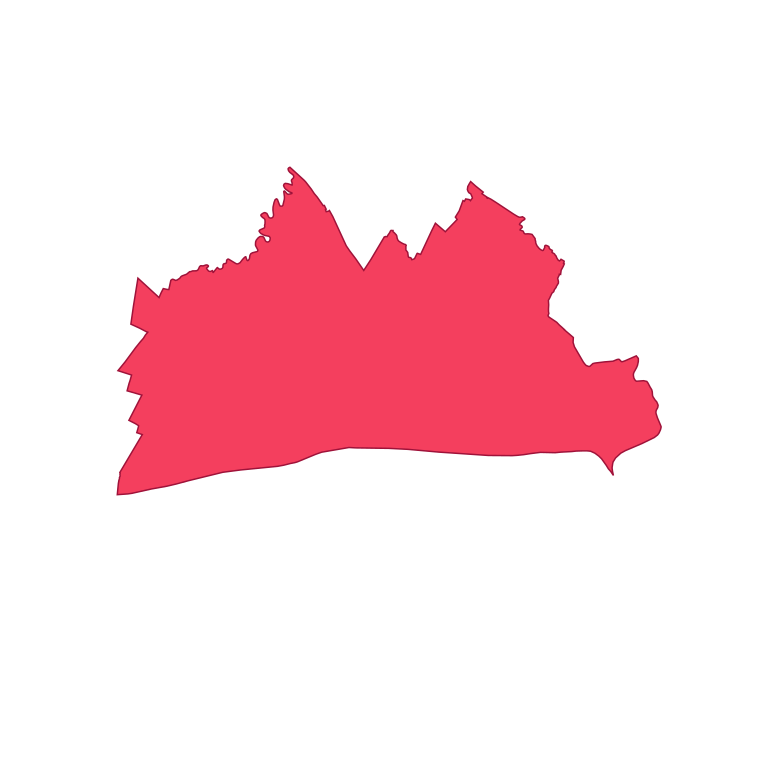 Long Phu, Sóc Trăng, Vietnam (Albers equal-area conic projection), rotated 117°
{"feature_id": "81297802B46768613136824", "entity_name": "Long Phu", "entity_type": "district", "adm_level": 2, "iso_a3": "VNM", "parent_name": "Vietnam", "parent_adm1": "Sóc Trăng", "projection": "albers", "projection_center": [106.051, 9.663], "detail": "fine", "context": "isolated", "style": "filled", "palette": "rose", "viewbox_px": 768, "rotation_deg": 117, "n_neighbors": 0, "source": "geoboundaries", "source_scale": "gbopen_adm2", "svg_char_len": 6171}
<svg xmlns="http://www.w3.org/2000/svg" viewBox="0 0 768 768"><g transform="rotate(117 384 384)"><path d="M164.3,398.7L166.7,398.9L170.0,399.0L172.9,398.0L174.2,396.6L175.0,395.3L175.2,393.0L177.5,390.2L178.4,389.6L179.7,390.0L181.4,390.2L181.0,391.3L181.0,391.9L182.0,395.2L184.7,395.3L184.7,396.9L195.6,395.6L202.9,396.2L204.2,393.5L220.5,398.5L217.4,411.2L225.8,411.1L251.9,410.2L252.4,413.6L252.7,413.8L258.3,413.7L259.0,414.1L260.6,415.6L259.4,417.2L259.5,418.3L259.9,419.5L259.6,420.0L259.2,420.4L256.0,422.6L254.6,425.4L252.7,426.3L251.6,427.0L250.7,427.0L250.2,427.4L250.0,428.3L250.3,429.8L250.3,432.7L250.0,435.7L249.5,436.9L248.2,438.4L246.3,439.8L245.6,440.7L244.8,442.8L244.1,445.2L243.6,445.7L243.2,445.7L243.9,447.4L244.6,447.7L246.9,447.7L249.5,448.1L251.3,448.1L251.9,449.6L252.7,450.1L252.8,450.5L279.0,452.2L292.0,453.6L285.2,466.2L281.0,474.9L278.0,480.4L258.1,505.6L254.2,511.4L255.1,511.8L256.7,513.7L255.3,515.3L254.5,514.9L252.0,518.2L252.7,519.1L247.8,528.3L246.0,532.6L243.4,537.2L239.5,545.5L238.7,547.7L233.6,566.2L234.5,566.9L235.6,567.2L236.2,566.9L237.3,565.9L238.2,564.0L239.0,559.9L239.7,558.9L240.6,558.4L241.6,558.3L243.7,559.0L244.4,559.0L245.2,558.6L246.4,557.3L248.3,556.2L248.5,556.3L249.2,560.7L250.1,563.1L251.4,563.8L252.7,563.6L253.0,563.4L254.3,561.8L255.0,560.3L255.8,555.7L255.5,553.1L255.6,552.7L256.1,552.6L256.8,553.3L258.5,555.5L258.5,556.8L257.3,559.8L257.3,560.5L257.7,560.7L258.0,560.7L262.4,557.7L264.5,556.7L270.8,555.2L271.5,555.4L272.3,556.4L272.5,557.1L272.5,557.5L271.9,558.4L267.9,562.8L267.9,564.0L269.3,564.7L272.1,564.4L276.7,563.2L279.5,561.9L283.6,559.1L285.3,558.7L286.5,559.0L287.6,560.1L287.9,561.7L287.5,562.6L285.4,565.5L285.2,566.0L285.3,567.6L285.5,568.2L286.3,569.0L287.9,570.0L288.9,570.4L289.6,570.3L290.1,569.7L290.8,567.7L290.9,566.2L291.5,564.8L293.1,563.8L295.5,562.7L296.7,562.5L298.1,561.6L299.2,561.5L299.8,561.9L303.0,564.5L304.0,564.8L304.6,564.6L305.4,563.1L305.8,562.0L305.9,559.4L305.8,557.9L304.6,553.5L305.2,552.0L305.9,551.5L307.7,550.9L308.9,551.0L309.9,551.6L310.4,552.2L310.6,553.6L310.3,554.6L308.2,557.2L307.7,558.5L307.8,559.4L308.7,561.2L309.5,561.8L311.3,562.6L313.9,563.1L314.9,563.0L315.7,562.9L317.8,562.0L318.7,561.5L319.2,561.0L321.8,557.3L322.7,556.9L323.2,557.0L323.6,557.2L326.8,560.8L328.3,561.8L330.2,561.9L333.1,560.9L334.2,560.8L335.5,561.1L335.9,561.4L336.0,561.9L335.8,562.4L333.6,564.7L333.4,564.9L333.6,565.3L334.9,565.9L337.3,566.6L341.2,567.3L342.6,568.2L343.3,568.8L343.6,569.3L343.9,570.1L343.9,570.8L343.3,579.2L343.7,579.9L345.1,580.4L347.1,579.6L347.9,579.5L349.0,580.4L349.3,581.1L350.2,581.5L350.9,581.5L353.3,580.5L354.4,580.6L355.5,581.4L356.3,582.5L356.3,583.6L355.9,585.3L356.2,585.5L361.9,586.7L362.2,586.9L362.2,587.0L361.2,587.8L360.9,588.4L362.4,589.6L362.8,590.4L363.0,591.6L362.2,593.5L361.6,594.5L361.3,594.7L360.5,594.5L359.3,593.9L358.9,593.9L358.5,594.1L358.3,594.6L358.2,595.5L358.7,596.6L360.9,598.8L361.7,600.7L362.1,601.2L363.1,601.6L366.4,601.5L367.5,601.9L368.4,602.7L370.2,606.0L371.5,607.1L372.2,608.2L375.9,609.8L379.2,612.9L380.0,613.4L380.7,613.7L382.5,614.0L385.2,615.5L386.3,616.7L386.4,619.1L386.8,620.2L388.4,621.0L397.5,618.6L398.2,620.2L399.2,624.0L404.1,624.0L409.1,623.7L401.4,651.3L428.7,642.5L445.6,636.7L445.2,627.1L445.3,619.4L445.1,618.0L448.6,618.8L452.4,619.1L457.2,620.3L464.3,621.8L481.8,624.7L492.9,627.1L490.6,613.0L495.9,611.9L499.3,611.4L506.7,609.8L503.8,594.7L532.2,594.8L532.2,587.6L532.5,583.8L532.8,583.6L535.4,583.0L539.6,582.2L538.8,576.4L582.8,579.2L583.2,578.6L584.1,578.4L585.7,577.4L586.2,577.3L587.3,577.3L588.6,576.7L590.1,576.5L593.3,575.5L603.7,571.4L598.2,562.3L595.8,558.9L583.3,543.8L573.5,530.9L567.3,523.6L558.9,514.3L535.8,487.5L525.6,472.6L505.7,441.5L501.8,436.4L497.4,431.4L494.5,427.7L492.7,425.8L477.6,412.9L473.0,408.5L456.5,386.4L453.8,380.3L439.2,350.6L431.3,332.9L419.9,304.5L400.3,258.6L389.6,237.2L387.0,232.8L383.5,227.4L379.6,222.0L373.9,213.6L367.5,200.3L364.3,195.3L359.0,186.1L356.5,182.3L353.2,176.3L351.2,172.3L350.1,169.4L349.9,164.7L350.7,159.9L351.9,156.1L355.7,148.8L357.7,145.6L359.0,142.3L361.3,138.1L358.1,140.7L355.2,142.7L351.1,144.1L349.4,144.5L344.7,144.1L338.1,141.6L333.8,138.7L319.9,127.1L309.0,118.9L305.2,117.1L302.8,116.7L299.1,116.9L297.4,117.3L296.4,117.6L295.3,118.7L290.1,124.9L286.8,128.2L285.6,129.0L283.8,129.5L280.8,129.4L278.7,130.0L278.0,130.6L276.1,132.9L275.1,135.4L273.2,138.6L272.2,139.6L269.2,141.4L267.6,142.8L265.8,145.7L263.3,149.2L262.4,151.0L263.2,154.2L266.9,160.3L266.9,160.7L266.6,162.0L265.3,164.0L263.4,165.5L261.9,166.3L260.2,166.6L254.9,166.4L252.3,166.6L248.5,167.6L246.1,168.8L245.7,169.1L244.4,172.0L253.8,179.7L255.8,181.6L256.3,182.7L255.3,185.5L255.4,186.1L256.3,187.4L259.7,190.3L264.2,197.6L269.6,205.6L271.0,207.2L274.6,208.5L275.1,209.0L275.5,209.9L275.7,212.3L275.2,213.8L274.0,216.3L264.4,231.2L261.1,234.4L256.6,236.4L253.8,248.0L253.6,247.9L251.8,254.7L250.6,258.1L249.5,267.2L249.2,268.2L248.3,269.0L246.4,269.1L244.8,270.3L242.3,271.6L238.7,273.2L234.8,275.5L232.5,275.4L226.9,275.6L224.7,274.7L222.6,275.0L219.9,274.5L218.7,274.7L215.0,274.4L213.5,275.1L210.9,277.3L207.4,277.3L206.6,277.6L206.2,276.4L202.2,277.8L198.0,277.7L195.1,277.9L194.9,278.9L193.4,278.9L192.7,279.4L192.5,282.9L194.1,283.2L194.7,283.6L194.5,285.1L193.4,287.0L191.7,289.0L191.4,290.1L190.9,290.7L190.6,291.6L190.5,294.0L189.9,294.4L189.0,294.3L188.5,295.1L188.6,296.6L188.1,298.3L186.9,299.3L186.7,299.7L186.7,301.6L186.9,302.7L187.3,303.2L187.7,303.4L188.5,303.3L189.2,302.8L192.6,302.8L193.1,303.3L193.2,304.2L193.1,305.7L192.8,307.2L191.4,310.4L189.6,312.7L188.1,313.6L186.6,315.0L185.8,315.4L183.5,320.0L184.0,321.9L184.8,323.9L186.1,326.1L186.2,326.9L186.1,327.5L184.8,329.2L184.6,329.8L185.0,331.6L185.0,332.7L184.3,332.8L181.9,332.0L181.4,332.1L180.7,332.8L180.5,333.7L180.5,335.4L180.2,335.8L179.2,335.8L176.0,334.9L173.6,333.4L173.2,333.4L172.7,333.6L172.4,334.2L172.1,336.5L173.2,337.8L173.7,338.6L174.0,339.3L174.1,340.9L173.8,345.4L171.3,367.3L170.8,372.6L170.8,376.2L171.4,376.1L171.4,376.9L170.8,376.9L170.0,383.1L168.0,382.7L166.0,392.3L164.3,398.7Z" fill="#f43f5e" stroke="#9f1239" stroke-width="1.5"/></g></svg>